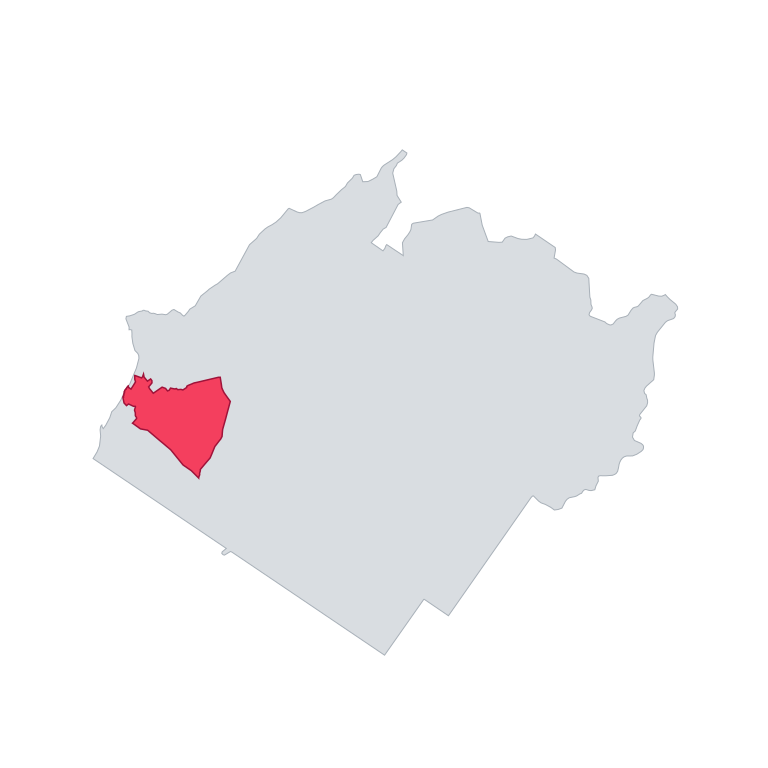 Al Ganab, Red Sea, Sudan (highlighted), rotated 214°
{"feature_id": "16777658B97228063474151", "entity_name": "Al Ganab", "entity_type": "district", "adm_level": 2, "iso_a3": "SDN", "parent_name": "Sudan", "parent_adm1": "Red Sea", "projection": "robinson", "projection_center": [36.252, 19.345], "detail": "fine", "context": "in_parent", "style": "filled", "palette": "rose", "viewbox_px": 768, "rotation_deg": 214, "n_neighbors": 0, "source": "geoboundaries", "source_scale": "gbopen_adm2", "svg_char_len": 6257}
<svg xmlns="http://www.w3.org/2000/svg" viewBox="0 0 768 768"><g transform="rotate(214 384 384)"><path d="M499.8,588.3L494.2,588.3L493.6,586.8L493.7,582.7L494.3,579.6L496.4,574.6L495.9,571.9L496.2,568.0L494.7,563.7L481.3,551.1L478.6,547.6L471.4,544.4L472.7,540.8L469.8,515.0L471.3,512.0L471.7,507.4L471.7,503.5L473.4,496.9L473.6,494.0L459.3,493.8L459.1,496.7L459.8,499.9L459.7,501.1L439.8,501.2L447.7,511.4L448.1,515.8L447.6,521.4L447.7,524.9L448.1,527.2L450.3,531.8L450.1,532.6L449.6,533.7L435.4,547.2L433.0,553.5L431.1,556.8L427.0,562.3L414.0,576.8L411.9,577.7L402.0,578.2L401.0,578.6L400.3,579.2L399.9,579.1L391.4,570.6L377.3,560.4L367.9,565.7L365.3,567.7L365.2,572.6L363.8,575.1L361.3,577.8L354.3,579.5L350.7,581.0L346.4,583.8L342.2,588.4L341.9,590.8L342.3,593.0L318.4,592.9L316.8,591.1L313.4,583.5L310.9,584.0L289.1,583.1L286.0,583.9L279.7,587.0L276.6,587.5L273.3,586.1L261.9,571.1L259.5,569.3L256.9,565.7L254.5,564.1L253.6,563.0L253.4,561.4L253.5,558.1L252.7,556.0L250.9,555.5L235.5,559.0L233.2,558.6L230.0,559.2L228.9,559.8L227.6,561.8L227.3,566.0L226.9,568.0L225.7,570.3L221.2,575.4L220.2,577.6L220.4,583.2L220.1,586.1L219.4,587.4L217.5,589.5L216.8,590.8L216.0,598.0L213.6,602.3L213.0,603.9L212.8,607.0L212.4,608.0L205.4,610.5L202.8,612.1L201.2,614.5L200.8,615.5L197.8,614.7L194.0,614.0L186.7,613.3L183.8,612.1L182.5,610.4L182.9,606.1L182.2,605.1L181.1,604.3L180.3,602.5L180.5,600.2L184.3,595.1L185.2,592.5L186.3,579.8L186.0,576.0L183.0,568.9L176.2,556.6L174.5,554.2L165.9,544.2L164.9,542.7L162.8,538.4L165.2,529.1L165.4,526.5L164.9,523.9L162.7,521.9L160.7,521.7L158.2,519.2L156.5,518.0L155.0,515.9L154.0,512.8L154.9,501.8L154.4,500.4L152.2,499.9L151.7,499.2L151.8,497.1L150.7,490.8L149.4,485.6L150.1,482.8L148.3,478.9L144.8,477.2L137.8,478.5L135.6,478.3L134.1,477.6L133.1,476.1L132.6,474.4L133.1,471.9L135.1,467.2L137.7,463.4L142.7,459.9L144.1,458.1L144.9,456.0L145.1,453.6L144.8,451.1L144.2,448.9L142.8,445.8L141.5,442.3L141.5,439.9L142.1,438.2L143.5,436.1L148.6,432.1L153.7,428.7L154.6,427.5L154.3,426.1L152.0,423.3L151.3,418.0L150.1,414.2L152.7,411.4L154.6,410.4L157.6,409.5L158.8,408.3L159.2,406.1L159.1,403.9L160.2,402.3L161.7,398.9L162.9,397.3L166.8,393.3L167.8,390.7L168.0,388.2L167.1,380.6L169.4,377.4L172.3,374.8L176.5,375.0L182.9,374.4L187.3,373.3L190.4,373.4L197.5,374.8L198.2,374.2L198.6,372.2L201.0,227.9L230.3,228.0L230.6,227.7L231.9,159.5L416.1,159.6L417.6,159.3L420.6,152.9L421.8,152.5L423.7,152.8L424.3,154.3L422.8,159.5L583.5,159.5L583.9,167.3L585.2,173.5L589.8,182.4L593.7,187.2L595.0,189.9L595.2,191.1L595.0,192.2L593.8,190.9L591.8,190.0L591.6,194.2L592.5,202.8L594.2,208.8L593.0,214.3L593.2,223.7L595.2,234.9L594.8,242.1L598.2,258.9L601.5,268.2L603.3,270.5L605.3,271.7L609.2,272.5L614.9,277.2L619.4,282.2L621.1,284.8L623.3,287.7L624.8,287.2L625.7,286.4L627.2,288.7L634.4,293.7L635.4,296.0L632.9,298.3L629.9,302.2L628.4,305.9L627.7,307.0L625.3,309.3L624.9,310.4L623.8,311.1L622.7,311.2L620.3,312.4L618.1,312.0L615.8,312.7L615.0,313.6L613.2,314.3L610.8,314.8L607.1,317.8L603.8,319.3L602.7,320.6L601.0,326.7L599.8,328.3L595.0,328.5L592.6,329.0L589.4,328.3L587.8,328.4L587.4,329.7L586.8,335.0L586.9,337.3L584.2,343.3L585.0,354.5L582.4,362.9L582.0,364.8L579.3,371.5L578.0,374.0L574.6,386.5L573.3,390.3L570.5,394.3L573.4,424.3L571.0,433.5L571.1,438.5L569.4,445.9L568.1,449.3L565.9,453.4L564.0,458.0L562.5,464.1L561.4,475.6L560.9,476.6L552.3,478.0L549.6,478.9L547.8,480.1L545.6,483.1L541.2,491.2L538.8,496.2L535.2,502.9L531.0,507.8L530.1,510.1L529.4,514.4L527.9,521.3L526.4,526.2L526.7,530.2L525.3,537.0L525.5,540.3L524.1,542.2L522.1,543.9L520.7,544.4L514.7,539.8L510.5,542.9L507.9,547.4L505.8,551.8L507.0,561.3L506.9,563.4L506.3,565.6L502.3,574.9L501.1,579.1L499.9,586.5L499.8,588.3Z" fill="#d9dde1" stroke="#a8b0b8" stroke-width="1"/><path d="M499.1,276.1L501.7,283.6L506.6,285.4L511.6,287.3L512.2,287.6L514.9,289.2L515.9,289.9L516.3,290.1L518.5,292.6L523.0,297.4L523.5,298.0L525.1,296.9L539.5,281.3L541.9,278.8L542.6,277.9L542.9,277.3L545.6,273.3L546.2,271.9L545.7,270.7L547.4,266.6L549.3,266.0L551.8,264.0L553.7,264.1L554.3,263.2L554.7,262.9L558.7,261.2L558.6,258.7L559.6,257.2L562.6,258.2L566.2,257.3L570.1,247.3L575.7,249.0L577.5,250.0L577.2,252.7L577.0,255.2L578.3,257.0L580.3,257.7L581.7,254.1L583.5,254.6L586.8,255.6L588.9,257.7L588.2,255.0L588.4,253.5L595.2,251.8L595.4,251.7L595.2,251.4L593.3,248.6L591.2,246.8L591.0,242.7L591.0,241.9L591.0,241.6L590.9,238.9L590.9,238.3L594.5,238.3L594.6,238.6L594.8,238.7L594.8,238.9L594.8,239.0L594.7,239.3L594.8,239.4L594.9,239.2L595.1,239.0L595.2,238.8L595.2,238.6L595.1,238.4L595.1,238.5L595.1,238.1L595.2,237.8L595.2,236.8L595.2,236.5L595.2,236.2L595.3,235.8L595.2,235.6L595.2,235.4L595.2,235.2L595.0,235.3L595.0,235.2L595.2,234.8L595.3,234.5L595.4,234.3L595.4,234.2L595.4,233.8L595.4,233.6L595.3,233.4L595.4,233.1L595.3,233.3L595.2,233.2L595.1,233.3L595.1,233.5L595.0,233.3L595.1,233.2L595.0,232.8L595.0,232.7L595.0,232.4L594.9,232.3L595.0,232.2L594.9,232.1L594.7,231.8L594.5,231.4L594.5,231.5L594.4,231.5L594.4,231.3L594.2,231.3L594.2,231.2L594.3,231.2L594.2,231.0L594.2,230.9L594.1,230.7L594.1,230.4L594.0,230.2L593.9,230.1L593.9,229.9L593.7,229.7L593.7,229.9L593.7,230.0L593.7,229.9L593.6,229.7L593.5,229.8L593.6,229.7L593.7,229.4L593.6,229.1L593.5,228.9L593.4,228.9L593.4,228.7L593.3,228.4L593.2,228.2L593.2,227.8L593.2,227.7L592.9,227.8L592.8,227.7L593.0,227.6L593.2,227.4L593.1,227.2L592.9,226.9L592.8,226.7L588.9,222.9L585.4,222.1L584.6,224.6L579.3,225.4L577.6,226.4L577.2,226.0L576.5,223.5L576.1,222.7L574.1,221.1L572.5,218.8L571.8,218.3L570.7,218.0L570.1,217.5L569.8,216.9L570.2,213.7L570.4,211.7L570.6,210.9L560.8,210.6L554.1,213.5L538.1,211.7L534.0,211.3L524.0,210.2L505.3,204.5L495.3,204.4L488.1,203.0L485.1,202.4L485.3,202.7L485.4,203.3L485.5,203.6L485.6,203.8L485.7,204.0L485.8,204.5L485.9,205.1L486.0,205.5L486.2,205.9L486.4,206.2L486.7,206.6L487.0,206.9L487.1,207.2L487.2,207.6L487.3,208.1L487.5,208.6L487.8,209.4L488.4,210.3L488.5,210.5L487.5,219.7L486.8,225.4L487.5,229.1L489.3,237.7L489.2,238.5L488.8,245.1L488.6,247.1L488.7,247.8L488.9,249.7L488.9,249.9L489.0,250.0L489.9,251.7L490.8,253.2L490.9,253.5L491.1,253.8L492.2,255.8L492.4,256.2L492.7,257.1L495.0,264.1L495.8,266.5L499.1,276.0L499.1,276.1Z" fill="#f43f5e" stroke="#9f1239" stroke-width="1.5"/></g></svg>